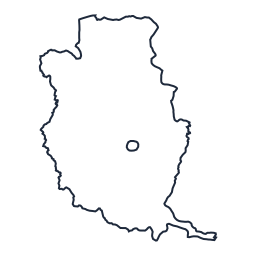 Dibaya, Kasaï-Occidental, Democratic Republic of the Congo (Mercator projection)
{"feature_id": "63176286B23998883625218", "entity_name": "Dibaya", "entity_type": "district", "adm_level": 2, "iso_a3": "COD", "parent_name": "Democratic Republic of the Congo", "parent_adm1": "Kasaï-Occidental", "projection": "mercator", "projection_center": [22.801, -6.389], "detail": "fine", "context": "isolated", "style": "outline", "palette": "slate", "viewbox_px": 256, "rotation_deg": 0, "n_neighbors": 0, "source": "geoboundaries", "source_scale": "gbopen_adm2", "svg_char_len": 5771}
<svg xmlns="http://www.w3.org/2000/svg" viewBox="0 0 256 256"><path d="M151.3,19.4L148.8,17.5L147.0,17.5L144.9,17.1L141.1,18.6L137.8,18.1L136.5,17.9L133.2,16.0L132.0,16.0L130.6,16.5L129.1,16.2L127.9,16.7L125.8,16.7L119.9,19.7L118.6,20.0L116.6,19.5L114.5,19.7L113.1,20.0L107.8,19.0L104.2,17.4L100.8,19.6L99.6,19.7L98.3,19.3L97.5,19.9L96.9,19.7L96.4,18.1L95.3,16.8L95.0,16.0L95.3,15.4L92.8,15.5L90.7,15.9L87.2,16.9L82.9,18.2L79.3,19.4L79.1,20.1L79.4,25.3L79.5,30.0L79.2,32.3L79.2,38.0L79.4,40.1L78.7,42.8L77.6,43.2L76.1,44.8L75.7,46.3L77.0,47.2L78.2,48.1L80.4,51.8L80.9,54.0L81.1,55.9L80.2,58.2L77.9,58.7L76.2,58.7L75.9,58.0L75.0,57.0L74.0,55.8L72.6,54.8L72.0,53.8L71.2,53.2L69.7,52.4L67.8,51.1L66.0,50.5L64.1,51.4L62.2,51.8L60.9,52.4L59.6,52.4L56.9,51.5L54.7,50.3L52.1,50.4L51.6,49.8L50.7,49.8L48.0,51.2L47.9,52.1L47.2,52.9L44.8,53.8L44.1,55.2L42.5,55.9L40.4,56.2L40.7,57.6L40.1,59.4L41.4,63.3L39.9,66.1L39.9,67.3L40.4,70.6L41.4,70.7L41.4,71.3L42.5,72.4L42.5,73.0L43.9,74.7L43.3,75.7L44.3,76.5L45.8,76.6L46.5,77.2L48.5,75.8L49.1,75.5L49.8,75.8L50.3,76.7L50.3,79.0L50.0,81.5L50.9,84.7L51.3,85.5L53.7,87.6L54.8,89.5L55.6,89.8L56.0,90.6L55.1,92.0L54.5,95.2L54.8,95.6L55.9,96.1L55.4,97.0L54.7,99.6L56.7,100.5L57.2,100.1L57.7,100.2L57.8,100.5L57.3,102.5L57.0,102.5L56.7,101.7L56.1,102.3L55.6,103.7L56.0,104.3L57.1,104.8L57.3,105.3L56.3,107.0L54.8,108.5L53.6,110.1L53.9,110.9L53.4,112.4L52.3,112.8L52.8,114.1L52.7,115.0L50.3,119.1L49.5,121.8L47.2,123.0L46.3,124.0L44.8,124.4L44.2,124.9L43.5,125.7L43.3,126.9L41.2,128.9L40.7,129.9L43.1,132.0L43.3,132.5L42.5,133.7L43.7,134.5L44.8,135.8L45.0,137.9L44.7,138.8L45.7,139.3L46.1,140.1L45.5,141.1L45.4,142.3L43.8,144.2L43.2,146.1L45.3,146.6L45.7,147.4L46.6,148.0L47.8,148.1L48.3,149.2L48.1,149.8L48.5,150.3L47.3,151.5L47.2,152.6L47.7,152.9L48.1,154.2L50.5,155.6L51.1,156.3L51.9,157.6L51.9,158.4L53.6,159.2L53.6,160.3L55.1,161.2L55.8,163.7L55.3,166.3L55.9,167.1L55.8,168.2L56.2,169.4L55.8,170.3L56.2,170.8L57.9,171.2L58.7,172.2L60.3,172.5L60.7,173.1L60.1,174.2L60.8,175.6L60.2,176.4L58.9,176.9L58.5,177.6L59.6,180.2L58.5,183.4L59.4,185.6L58.9,188.2L59.6,189.0L61.8,188.8L62.7,189.5L63.6,189.5L65.7,187.6L66.4,187.4L69.4,189.2L71.5,192.7L73.5,195.1L74.1,196.5L73.3,197.4L73.7,199.8L72.7,204.0L73.9,206.0L74.5,206.2L77.8,206.5L79.0,205.4L80.5,205.6L81.7,206.8L82.0,207.4L82.4,208.3L85.3,209.0L86.9,209.9L89.6,210.7L92.6,211.0L95.3,211.4L96.6,210.6L97.7,209.6L98.8,208.4L99.9,208.5L100.6,209.9L101.8,210.6L103.2,216.5L103.9,217.7L104.7,218.1L105.4,219.8L106.6,220.6L107.2,221.9L108.0,222.5L109.6,223.3L111.7,223.2L112.9,224.4L115.1,224.5L116.9,225.2L120.4,228.0L125.7,228.1L128.1,229.6L128.9,231.4L130.0,230.7L131.0,230.6L132.2,230.3L133.1,229.2L134.7,228.5L136.0,228.3L137.3,228.7L138.0,229.7L139.3,230.4L140.4,230.5L143.0,230.5L145.0,230.6L145.8,230.1L146.9,229.2L147.8,228.1L149.1,227.2L150.1,227.2L151.1,228.6L152.0,230.1L152.7,231.9L152.4,233.1L152.2,234.7L152.1,236.0L153.0,238.9L154.5,239.8L155.9,240.6L156.9,240.4L157.9,238.7L158.8,236.6L160.0,234.4L161.5,233.1L163.1,231.7L165.6,231.3L166.6,230.6L167.5,228.4L167.3,226.9L166.9,225.4L167.1,224.4L168.2,223.9L169.4,223.9L170.7,224.5L173.3,225.6L177.1,226.4L180.0,227.5L183.5,228.7L185.4,229.2L186.5,230.0L187.8,231.4L188.1,233.3L187.8,235.0L187.8,237.0L189.3,237.2L191.7,236.6L193.6,236.3L196.4,236.4L197.7,236.5L200.6,237.9L203.6,239.0L206.3,239.2L208.3,239.5L210.4,239.6L212.3,239.9L214.4,240.1L216.1,237.4L215.3,237.1L214.3,237.8L213.9,237.5L215.8,234.7L215.9,234.2L215.4,233.6L215.5,233.3L213.9,232.8L212.4,232.7L210.9,232.6L209.5,232.8L207.4,232.8L206.4,233.4L205.8,233.9L204.2,233.7L202.6,233.0L201.4,232.1L200.4,231.9L199.2,231.6L198.0,231.5L196.8,231.4L196.1,230.8L195.7,228.9L195.1,228.2L193.8,227.8L192.7,226.9L192.0,226.0L191.7,225.3L191.6,224.4L191.4,223.7L190.7,223.0L190.0,222.4L189.2,222.0L188.4,221.7L187.6,221.7L186.7,221.8L185.0,221.8L181.0,221.4L179.1,221.0L177.2,220.1L175.5,218.6L174.2,216.8L173.5,214.4L173.1,213.3L171.4,210.7L170.4,209.0L169.4,207.9L168.1,206.9L166.5,206.2L165.3,205.4L164.6,204.3L164.4,203.5L166.3,200.4L167.0,198.6L168.0,197.1L169.6,195.8L171.9,192.2L172.6,188.4L175.1,182.6L174.8,180.7L175.9,178.7L175.0,177.2L178.8,172.8L178.9,172.2L178.5,171.3L178.7,170.2L178.1,169.0L178.1,168.2L178.6,167.2L178.3,166.2L179.2,164.2L180.9,162.0L181.1,161.2L180.4,160.2L180.6,157.8L182.8,154.7L185.4,152.2L185.7,150.8L185.6,148.2L187.6,145.2L188.2,141.7L187.5,141.1L187.9,139.9L188.7,139.0L188.5,138.0L187.0,136.9L186.6,136.3L186.5,135.7L186.9,135.0L187.1,133.6L187.4,133.5L188.3,134.0L189.1,133.4L189.7,133.4L190.1,133.1L190.0,132.5L188.7,131.8L188.2,131.0L188.5,130.0L188.2,128.7L186.9,127.0L187.7,126.7L188.2,127.0L188.6,125.9L189.2,125.7L190.0,126.0L190.2,125.5L189.1,123.6L189.6,122.5L189.5,122.3L188.6,122.3L188.5,121.9L186.1,120.7L183.5,120.5L181.7,119.5L180.2,119.4L179.2,119.9L178.2,120.8L177.5,121.3L176.8,121.3L175.8,120.8L175.2,120.3L174.6,119.7L173.8,116.4L173.7,114.4L173.6,113.3L173.4,112.0L173.5,110.3L173.2,108.7L172.6,106.2L171.8,103.7L171.3,102.5L171.2,101.4L171.1,100.8L172.4,99.8L173.6,96.0L173.8,92.0L174.8,91.6L177.0,88.7L176.9,88.1L175.8,87.2L174.0,86.3L172.8,85.9L171.3,85.5L168.7,84.7L167.1,84.5L164.4,84.4L163.1,84.0L162.1,83.2L161.4,82.2L161.2,80.6L161.2,77.9L161.3,77.1L161.2,75.3L162.4,70.6L161.0,69.6L159.6,68.3L157.0,67.2L154.8,66.2L153.3,65.1L152.3,64.1L151.6,63.0L151.4,60.8L151.6,59.6L151.5,58.8L155.5,55.7L155.7,55.1L155.2,53.8L153.1,51.1L152.2,48.3L150.8,46.5L150.2,39.6L150.8,38.6L151.3,37.2L153.6,34.5L157.7,28.2L158.0,27.3L157.7,26.4L156.0,23.8L153.8,22.1L151.3,19.4ZM129.4,150.5L127.8,149.3L126.8,147.3L126.9,145.7L127.5,143.9L128.4,142.1L130.5,141.0L133.5,141.0L136.3,141.7L137.4,142.4L138.3,144.2L138.2,146.8L136.5,149.6L134.0,150.5L131.4,150.7L129.4,150.5Z" fill="none" stroke="#1e293b" stroke-width="2"/></svg>